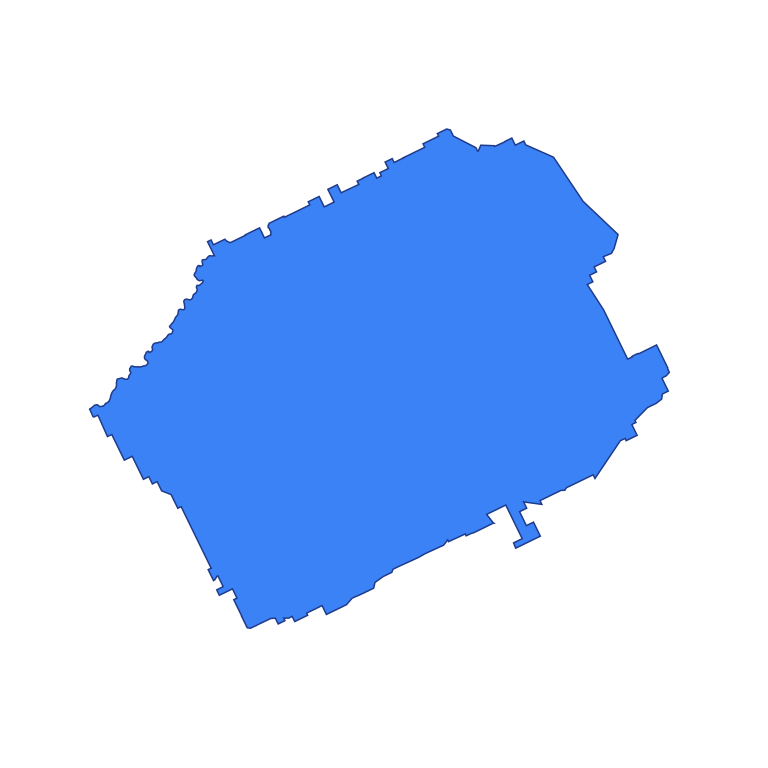 Cuballing, Western Australia, Australia, rotated 334°
{"feature_id": "25037944B92991223821328", "entity_name": "Cuballing", "entity_type": "district", "adm_level": 2, "iso_a3": "AUS", "parent_name": "Australia", "parent_adm1": "Western Australia", "projection": "mercator", "projection_center": [117.035, -32.74], "detail": "fine", "context": "isolated", "style": "filled", "palette": "blue", "viewbox_px": 768, "rotation_deg": 334, "n_neighbors": 0, "source": "geoboundaries", "source_scale": "gbopen_adm2", "svg_char_len": 6111}
<svg xmlns="http://www.w3.org/2000/svg" viewBox="0 0 768 768"><g transform="rotate(334 384 384)"><path d="M147.9,405.3L147.9,473.8L144.6,473.8L144.6,486.0L146.4,485.7L149.5,483.6L150.6,483.6L150.6,495.6L143.4,495.7L143.4,501.7L158.0,501.7L158.0,512.0L154.4,512.0L154.4,530.3L154.2,530.3L154.2,543.1L157.0,545.0L162.4,545.0L162.8,545.2L163.5,545.0L179.1,545.1L180.3,545.4L183.7,547.0L183.7,553.3L191.2,553.3L191.2,550.5L195.8,552.7L199.6,552.6L199.6,558.4L214.0,558.4L214.0,556.0L231.2,556.0L231.2,565.9L253.6,565.9L261.3,562.6L264.7,562.6L269.1,562.9L285.2,563.0L288.9,558.4L298.8,556.7L308.5,556.7L310.8,554.5L311.1,554.4L319.8,554.5L339.0,555.0L346.8,554.5L367.0,555.0L372.9,552.0L372.9,554.0L391.3,554.4L391.2,556.4L397.6,556.6L398.9,557.0L421.3,557.0L421.7,557.2L421.2,556.1L419.1,546.2L440.4,546.2L440.4,583.6L430.8,583.6L430.4,589.3L457.8,589.3L457.8,573.7L449.9,573.7L449.9,558.2L457.8,558.2L457.8,551.2L473.1,561.4L473.1,557.2L496.4,557.2L499.9,558.8L502.5,557.2L532.2,557.3L532.2,561.4L571.5,538.6L576.8,538.6L576.8,541.1L589.0,541.1L589.0,529.0L593.6,529.0L593.6,526.7L610.5,520.7L620.2,520.7L626.9,519.3L629.8,515.1L630.3,515.0L636.4,515.0L636.4,500.7L637.8,500.4L641.1,500.4L645.6,498.6L645.6,495.2L645.9,494.1L646.1,493.9L646.1,468.4L626.0,468.5L626.0,468.1L624.9,467.8L619.8,467.8L618.8,468.0L618.8,468.5L613.9,468.5L613.9,413.7L610.3,383.7L616.5,383.7L616.5,376.4L624.2,376.4L624.2,370.9L636.9,370.9L636.9,365.7L645.7,366.3L650.2,363.1L659.8,352.4L659.8,352.0L643.0,307.1L635.8,254.5L616.2,231.2L616.2,226.9L606.7,226.9L606.7,219.0L599.0,219.0L598.8,219.3L587.6,219.0L587.6,218.2L575.7,211.8L570.8,216.0L570.2,215.7L570.2,211.9L555.0,191.5L555.0,184.7L551.9,182.2L551.7,182.3L541.7,182.3L541.7,185.2L524.4,185.2L524.4,189.1L500.9,189.1L501.1,189.3L490.2,189.3L490.2,185.0L482.3,185.0L482.3,192.2L472.9,192.2L472.9,195.8L467.7,195.8L467.7,189.7L455.2,189.7L455.2,189.9L448.8,189.9L448.8,193.6L429.3,193.3L429.3,184.4L418.9,184.4L418.9,198.6L407.9,198.6L407.9,187.0L395.8,187.0L395.8,190.5L367.5,190.5L367.5,189.2L351.2,189.2L351.0,189.4L350.9,189.6L350.4,190.0L349.8,190.3L349.3,190.8L348.9,191.6L348.7,192.3L348.5,192.6L348.6,193.1L348.8,193.3L349.1,193.9L349.2,194.0L348.9,195.5L348.9,195.9L349.1,196.3L349.1,197.1L349.1,197.4L348.9,197.6L348.8,198.0L348.1,199.4L347.8,199.9L347.8,200.3L340.6,200.3L340.6,189.1L324.8,189.1L324.8,189.6L307.8,189.6L306.2,187.8L305.5,186.9L305.0,185.9L304.7,185.0L304.4,184.1L303.4,184.1L291.7,184.1L291.7,178.7L287.8,178.7L287.8,193.7L287.8,194.4L286.7,193.8L285.7,193.6L284.7,193.1L284.3,192.6L284.2,192.5L283.2,192.2L282.6,192.3L281.8,192.5L280.8,192.9L279.1,193.8L278.6,193.9L277.8,193.8L276.6,193.2L275.4,192.9L275.1,192.9L274.8,193.1L274.4,193.7L273.8,195.5L273.5,197.2L273.3,197.5L273.0,197.7L272.7,197.8L271.1,197.6L270.2,197.9L270.0,197.6L270.1,197.1L270.0,196.8L269.7,196.5L269.1,196.2L268.5,196.2L268.1,196.4L267.8,196.8L267.1,197.1L265.7,198.5L265.0,199.5L264.9,199.8L264.6,200.3L261.9,201.9L261.4,202.4L261.2,202.9L261.0,203.5L261.1,204.2L261.5,205.0L261.5,205.6L262.0,206.8L261.8,207.7L261.9,208.1L262.2,208.6L263.1,210.0L263.7,210.4L266.2,211.0L266.6,211.3L266.7,211.5L266.6,212.1L266.5,212.5L265.8,212.8L265.2,213.4L264.3,213.5L262.8,214.1L260.5,214.3L259.5,213.4L259.3,213.4L258.9,213.6L258.0,214.4L257.7,215.0L257.6,215.4L257.7,216.4L257.4,217.5L255.7,219.2L255.3,219.4L252.1,220.1L251.8,220.2L249.3,222.9L248.8,223.2L247.6,223.4L247.0,223.4L246.4,223.2L246.0,223.0L245.5,222.7L244.8,221.9L244.0,221.3L243.3,221.0L242.6,220.8L241.8,220.9L240.7,221.5L240.2,222.1L240.0,222.9L239.6,224.7L239.3,225.6L238.9,226.4L238.7,227.5L237.9,228.8L237.5,229.2L236.7,229.3L236.0,229.1L235.5,228.9L233.9,227.6L233.3,227.4L232.6,227.4L231.7,227.5L231.3,228.0L229.4,230.9L229.0,231.2L228.3,231.7L226.2,232.6L225.4,233.1L222.5,235.5L221.2,236.2L219.2,236.9L218.6,237.4L216.8,238.0L216.5,238.2L216.4,238.9L216.4,239.2L216.6,239.8L217.9,242.5L217.9,242.9L217.6,243.5L217.3,243.9L216.0,245.2L215.4,245.6L214.8,245.7L214.5,245.7L214.2,245.6L213.8,245.2L212.6,245.1L212.1,245.1L211.0,245.5L209.5,246.4L208.4,246.9L205.7,247.5L203.8,248.4L202.4,248.7L201.8,248.4L201.2,248.3L199.9,247.7L198.8,247.9L198.5,247.8L197.9,247.4L197.3,247.2L195.9,246.8L195.0,246.9L193.8,247.2L192.8,248.2L192.0,248.7L191.6,249.4L191.2,251.0L191.0,251.7L190.7,252.1L190.2,252.5L189.7,252.6L189.0,252.8L187.5,252.9L186.9,252.7L186.6,252.5L186.6,252.3L186.8,251.9L186.9,251.7L186.4,251.2L186.0,251.1L184.9,251.2L184.5,251.3L184.0,251.5L182.9,252.5L181.1,253.9L180.4,254.9L180.1,255.8L180.1,257.0L180.3,257.5L180.5,258.0L180.9,258.3L181.1,258.6L181.3,259.5L181.3,259.9L181.4,260.6L181.3,260.9L181.1,261.6L180.9,261.9L179.2,262.8L177.0,262.9L175.6,262.3L174.7,262.3L173.6,262.1L173.2,262.0L172.8,261.8L171.8,261.7L171.5,261.6L170.4,260.5L170.1,260.4L169.1,260.2L168.7,260.0L168.4,259.9L167.8,259.3L166.9,258.9L166.1,257.9L165.7,257.5L165.2,257.3L164.4,257.3L163.2,258.2L162.6,258.5L162.0,258.9L161.8,259.3L161.3,260.6L161.3,261.2L161.5,261.9L161.4,262.3L161.2,262.9L160.9,263.4L160.1,264.0L159.2,264.3L159.0,264.5L158.6,264.6L158.3,265.1L158.0,265.3L157.6,265.8L157.0,266.5L156.4,266.9L155.6,267.2L155.3,267.2L155.0,267.0L154.1,266.7L152.1,264.8L151.6,264.1L150.9,263.6L149.5,263.3L147.8,263.0L147.5,263.0L147.2,262.8L146.5,262.7L146.0,262.9L145.7,263.5L145.2,264.0L145.2,264.3L144.1,265.4L143.8,266.0L143.7,266.5L143.4,267.2L142.7,268.3L141.7,269.5L140.4,270.5L139.0,271.0L137.8,271.2L137.4,271.5L136.3,272.1L135.7,272.5L133.7,274.3L132.3,276.1L131.9,276.7L129.3,279.0L128.9,278.9L128.0,279.4L126.5,279.5L125.9,279.4L125.1,279.5L124.9,279.6L124.9,279.8L123.9,280.2L122.3,280.7L122.0,280.8L121.5,280.7L121.2,280.4L119.6,280.2L119.1,279.9L118.7,279.7L117.8,278.1L117.7,277.7L117.0,276.8L115.4,276.4L114.4,276.2L113.1,276.6L112.8,276.7L112.3,276.9L111.0,277.0L110.8,277.2L110.2,277.5L109.9,277.4L109.4,277.4L109.1,277.5L108.7,277.4L108.3,277.7L108.4,278.1L108.2,285.8L108.8,286.5L113.2,286.6L112.4,310.0L117.2,310.1L117.2,338.6L126.0,338.6L126.0,364.2L132.0,364.2L132.0,372.3L137.3,372.3L137.3,382.6L144.2,390.1L144.2,405.3L147.9,405.3Z" fill="#3b82f6" stroke="#1e3a8a" stroke-width="1.5"/></g></svg>